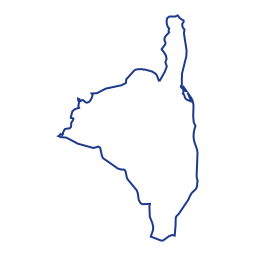 Haute-Corse, Albers equal-area conic projection
{"feature_id": "FRA-5297", "entity_name": "Haute-Corse", "entity_type": "Metropolitan department", "adm_level": 1, "iso_a3": "FRA", "parent_name": "France", "parent_adm1": "", "projection": "albers", "projection_center": [9.18, 42.426], "detail": "fine", "context": "isolated", "style": "outline", "palette": "blue", "viewbox_px": 256, "rotation_deg": 0, "n_neighbors": 0, "source": "natural_earth", "source_scale": "10m", "svg_char_len": 2186}
<svg xmlns="http://www.w3.org/2000/svg" viewBox="0 0 256 256"><path d="M58.4,136.1L59.7,135.3L60.6,134.0L62.3,135.0L62.9,134.2L63.0,132.6L63.6,131.3L64.3,130.4L64.5,129.6L65.2,128.9L69.7,128.3L70.9,127.0L71.2,125.1L71.2,122.8L72.8,120.5L73.4,118.9L72.8,118.2L71.0,118.0L70.7,117.5L71.0,116.6L72.2,111.8L74.0,109.7L76.4,108.6L79.1,107.9L78.3,106.1L79.1,101.9L78.1,100.1L78.1,98.6L79.2,99.2L79.6,99.3L79.7,99.6L80.1,101.3L82.4,100.0L83.9,100.6L85.1,102.0L86.8,102.7L89.0,102.0L90.6,100.1L91.9,97.6L92.6,94.8L91.6,93.5L96.9,93.2L105.8,88.6L121.4,85.3L125.9,83.0L126.3,79.3L133.9,70.9L135.4,69.7L138.7,69.2L142.0,69.1L143.5,69.6L144.8,69.5L152.0,71.5L154.9,73.2L155.9,74.1L156.8,75.4L157.5,76.9L158.8,80.6L159.8,80.6L164.7,72.0L166.8,66.5L165.4,62.3L166.6,58.7L165.8,55.3L163.9,52.2L161.6,49.3L165.4,44.0L165.4,42.3L164.5,40.5L164.4,38.9L165.0,37.1L165.9,35.8L169.2,32.3L168.7,31.3L168.6,30.8L168.7,30.0L169.2,28.4L167.7,26.8L166.8,23.8L166.6,20.5L167.3,18.0L169.5,16.5L175.3,16.5L177.8,15.4L179.6,18.0L180.9,19.0L183.6,20.5L183.6,22.0L182.4,23.5L182.2,25.5L182.9,27.7L184.5,29.6L183.9,33.2L186.6,50.5L186.3,56.3L181.9,74.1L182.0,76.4L181.8,79.1L181.9,84.6L181.7,85.1L181.3,85.6L180.9,86.2L180.9,87.1L181.2,87.6L181.9,88.0L182.5,88.2L182.8,88.2L183.2,90.0L183.5,91.0L183.5,92.0L182.8,93.6L183.9,94.5L184.4,95.8L184.8,97.2L185.7,98.8L186.8,99.6L190.6,101.3L190.2,98.6L189.6,97.3L187.4,92.4L191.5,98.4L192.9,101.7L193.5,105.3L193.2,116.4L193.7,122.1L195.5,126.1L194.6,128.6L194.0,131.3L193.6,134.2L193.6,137.8L194.3,141.7L196.9,149.1L197.5,152.9L196.6,176.6L197.6,181.1L197.3,182.6L197.0,186.0L196.7,187.4L195.7,189.2L191.9,192.8L190.4,195.2L188.2,199.9L178.6,214.1L176.4,216.2L175.7,218.0L175.6,224.7L174.7,235.6L172.3,235.0L169.1,236.1L162.9,240.6L160.9,240.5L150.8,236.6L153.0,230.1L153.2,226.8L152.4,223.3L149.8,216.8L149.4,206.3L149.9,203.8L142.5,204.2L140.6,203.2L138.7,199.8L137.9,193.8L136.8,190.4L127.5,179.1L126.8,177.4L125.6,171.6L124.7,170.0L123.7,169.5L121.1,169.5L117.8,168.5L102.8,158.0L101.8,155.3L100.2,147.8L98.5,146.6L93.4,148.0L77.9,143.7L66.3,137.6L60.6,137.1L58.4,136.1ZM182.8,85.8L186.4,91.0L185.6,91.0L182.8,85.8Z" fill="none" stroke="#1e3a8a" stroke-width="2"/></svg>